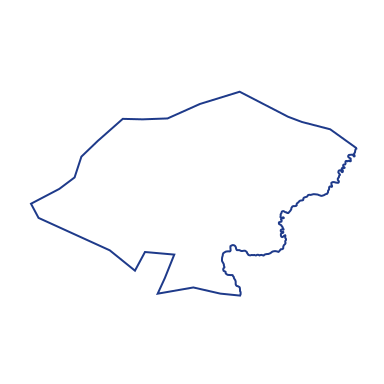 the district of Tes, Dzavhan, Mongolia, rotated 96°
{"feature_id": "93677404B51014704481804", "entity_name": "Tes", "entity_type": "district", "adm_level": 2, "iso_a3": "MNG", "parent_name": "Mongolia", "parent_adm1": "Dzavhan", "projection": "orthographic", "projection_center": [95.652, 49.605], "detail": "fine", "context": "isolated", "style": "outline", "palette": "blue", "viewbox_px": 384, "rotation_deg": 96, "n_neighbors": 0, "source": "geoboundaries", "source_scale": "gbopen_adm2", "svg_char_len": 5788}
<svg xmlns="http://www.w3.org/2000/svg" viewBox="0 0 384 384"><g transform="rotate(96 192 192)"><path d="M110.9,89.9L107.1,104.4L87.3,155.1L103.6,193.3L121.4,224.0L124.9,248.7L126.5,268.5L151.1,291.1L168.4,305.7L189.8,310.3L202.8,324.3L220.5,350.9L233.8,341.9L258.6,267.7L276.2,240.5L256.6,232.5L256.1,203.1L280.4,210.0L296.7,215.5L286.8,180.7L290.1,153.2L290.0,133.4L288.7,133.0L287.1,133.1L286.5,133.3L286.1,133.4L285.7,133.8L283.3,134.2L282.4,134.4L281.6,134.9L281.3,135.6L280.9,136.6L280.8,137.4L280.6,137.9L280.1,138.4L279.2,138.9L278.4,139.0L276.6,139.2L276.0,139.4L275.1,139.8L274.2,140.6L273.2,141.3L272.8,141.4L272.4,141.5L272.0,141.7L271.3,142.5L270.5,142.9L270.4,143.3L270.5,144.5L270.6,145.1L270.6,146.1L270.7,147.2L270.6,148.1L270.0,149.2L269.5,149.9L268.9,150.1L268.0,150.2L267.8,150.4L267.6,150.8L267.3,151.9L267.0,152.4L266.2,152.7L265.6,152.9L264.6,152.7L263.7,151.9L263.4,151.9L262.8,152.1L262.4,152.4L262.0,152.5L261.4,152.7L260.9,152.7L260.4,152.9L259.6,153.4L258.6,154.2L258.0,154.5L257.5,154.9L257.1,155.0L256.4,155.1L254.2,155.2L253.5,155.1L252.0,154.8L250.6,154.8L249.5,154.4L248.3,152.9L247.7,152.0L247.5,151.2L247.3,150.3L247.1,148.2L246.8,147.8L246.3,147.6L245.9,147.5L243.4,148.0L241.9,148.1L241.3,147.4L240.8,146.6L240.5,145.8L240.6,144.6L241.1,143.6L241.9,142.9L243.0,142.4L243.8,142.2L244.8,141.6L245.1,141.2L245.1,140.8L244.9,139.1L244.9,138.5L245.3,137.7L245.5,136.7L245.4,135.7L245.2,135.0L245.0,134.2L244.9,133.1L245.3,132.3L245.7,131.6L246.3,131.0L246.8,130.9L247.3,130.5L247.6,130.1L247.9,130.0L248.2,129.7L248.5,129.5L248.7,129.2L248.9,128.5L248.9,127.8L248.9,127.3L248.5,126.4L248.4,125.8L248.4,124.4L248.2,123.9L248.1,123.3L248.3,122.7L248.4,122.1L248.4,121.8L248.2,121.4L247.8,120.9L247.6,120.4L247.6,119.8L247.6,119.2L247.8,118.8L248.0,118.4L248.0,118.1L247.6,117.6L247.4,116.7L247.3,116.1L247.5,115.3L247.6,114.7L247.7,114.3L247.6,114.0L247.0,113.6L246.7,113.2L246.4,112.7L245.9,111.2L245.8,110.5L245.7,109.7L245.4,109.1L244.9,108.1L244.5,107.5L243.3,106.3L242.8,105.6L242.5,104.8L242.3,104.1L242.1,103.1L242.2,101.2L242.5,100.0L242.5,99.7L242.1,99.3L240.3,98.1L239.8,97.8L239.6,97.5L239.6,96.7L238.8,95.5L238.5,95.4L236.8,95.5L236.1,95.3L235.6,95.2L235.1,94.9L233.9,93.9L233.3,93.7L232.9,93.7L232.5,93.8L232.2,94.0L231.2,94.1L230.7,94.0L229.8,93.5L229.0,93.6L228.6,93.8L228.3,94.1L227.8,94.5L226.6,94.6L225.6,94.6L225.3,94.8L225.4,95.2L225.7,95.6L226.0,95.9L226.8,96.6L227.2,97.1L227.3,97.3L227.4,97.6L227.3,98.0L227.1,98.4L226.6,98.8L225.7,99.1L224.5,99.2L224.1,99.0L223.5,98.3L223.3,97.7L223.2,97.4L222.9,97.1L222.7,97.0L222.3,97.0L222.2,97.1L222.2,97.3L222.3,98.9L222.1,99.3L221.8,99.5L221.4,99.7L220.7,99.7L220.3,99.5L220.0,99.1L219.8,98.7L219.8,98.3L219.9,97.8L219.9,97.1L219.7,97.0L219.4,97.1L217.5,98.4L217.1,98.5L216.9,98.7L216.7,99.0L216.2,99.5L215.8,99.7L215.5,100.2L215.2,100.8L214.9,101.8L214.5,102.2L213.5,102.4L213.1,102.3L212.9,101.8L212.5,101.2L212.1,100.0L211.2,99.8L210.5,100.2L210.0,100.6L209.7,100.6L209.3,100.5L209.0,100.2L208.6,98.8L208.5,98.3L208.4,98.1L208.2,98.0L207.8,98.3L207.7,98.5L207.8,98.9L208.0,99.5L208.2,99.8L208.3,100.3L208.3,100.6L208.1,101.0L207.7,101.4L207.1,101.4L206.4,101.3L205.0,101.5L204.5,101.3L203.9,101.0L203.5,100.8L203.0,100.8L202.2,100.6L201.8,100.2L201.5,99.4L201.5,98.8L202.0,97.8L202.2,97.3L202.4,96.6L202.4,95.8L202.5,95.7L202.8,95.4L202.9,95.1L202.9,94.3L202.8,94.0L202.3,93.6L200.3,92.2L198.9,91.5L198.0,91.5L197.3,91.4L196.8,91.1L196.0,90.7L195.7,90.3L195.4,89.6L195.4,88.9L195.3,88.2L194.9,87.0L194.7,86.8L194.3,86.5L194.0,86.5L193.5,86.7L193.2,86.7L192.8,86.6L192.4,86.4L191.8,85.9L191.5,85.4L191.2,85.2L190.4,84.6L189.8,84.2L189.3,83.5L189.1,82.9L188.8,81.5L188.6,81.0L188.4,80.7L188.0,80.5L187.4,80.6L186.7,80.5L186.4,80.4L185.9,80.0L185.5,79.3L184.9,77.8L184.7,77.3L184.3,77.0L184.1,76.8L183.2,76.4L182.9,76.1L182.7,75.7L182.5,75.0L182.5,73.7L181.7,71.6L181.5,71.1L181.4,70.1L181.4,67.0L181.5,66.4L181.8,65.5L182.0,64.5L182.3,63.3L182.3,62.7L182.1,62.1L181.4,60.5L181.0,59.9L180.4,59.2L179.8,57.9L179.6,57.4L179.2,57.2L178.7,57.1L178.3,56.8L178.0,56.7L176.8,56.8L176.3,56.7L175.4,56.1L175.1,56.0L174.4,56.0L173.2,56.1L172.8,56.0L172.5,55.9L172.2,55.6L172.1,55.3L172.0,54.9L172.1,54.5L172.3,54.1L172.3,53.8L172.2,53.5L172.0,53.4L171.8,53.3L171.2,53.4L170.2,54.0L169.5,54.2L169.0,54.3L168.3,54.3L168.1,54.1L167.8,53.7L167.5,53.2L167.4,52.6L167.3,51.9L167.4,51.0L167.6,49.9L167.6,48.3L167.6,48.0L167.5,47.5L167.2,47.2L166.9,47.1L166.6,47.0L166.0,47.1L165.7,47.3L165.1,47.9L164.8,48.2L164.2,48.3L163.6,48.4L162.9,48.1L162.5,47.8L162.2,47.5L161.9,47.5L161.2,47.5L160.7,47.4L160.0,47.1L159.6,46.7L159.3,46.7L159.0,46.9L158.0,47.9L157.6,48.2L157.2,48.5L156.7,48.5L156.2,48.5L155.8,48.4L155.4,48.1L155.1,47.8L155.0,47.4L155.0,47.0L154.9,46.6L155.1,46.2L156.3,45.3L156.5,44.8L156.5,44.5L156.2,44.2L155.4,44.1L155.1,44.2L154.5,44.4L153.8,45.3L153.4,45.5L153.1,45.5L152.7,45.4L152.5,45.1L152.3,44.7L152.3,44.1L152.3,43.3L152.2,43.1L152.0,42.8L151.8,42.8L151.7,42.9L150.9,44.1L150.6,44.3L150.3,44.4L149.5,44.4L149.2,44.3L148.9,44.0L148.6,42.7L148.4,42.5L147.8,42.3L147.2,42.3L146.5,42.5L146.0,42.5L145.7,42.5L145.4,42.4L145.1,42.1L145.0,41.8L145.0,41.1L145.2,40.5L145.1,40.3L144.8,40.0L144.7,39.8L144.6,39.5L144.6,39.2L144.8,38.6L144.9,38.2L144.9,37.9L144.8,37.5L144.7,37.4L144.4,37.3L143.8,37.8L143.6,37.8L143.4,37.8L143.0,37.6L142.5,37.6L142.3,37.7L142.1,37.9L142.0,38.2L141.5,39.2L141.2,39.7L140.9,40.1L140.6,40.3L140.3,40.4L139.8,40.4L139.5,40.3L139.2,40.1L138.8,39.8L138.6,39.2L138.3,37.5L138.1,36.5L138.2,36.2L138.3,36.0L138.6,35.7L139.0,35.3L139.7,34.6L139.7,34.4L139.5,34.1L138.9,34.1L138.2,34.4L137.6,34.8L137.2,34.9L136.5,34.6L135.9,34.2L135.5,34.1L132.9,33.9L132.2,33.6L131.9,33.4L131.7,33.1L131.0,33.4L115.2,61.1L110.9,89.9Z" fill="none" stroke="#1e3a8a" stroke-width="2"/></g></svg>